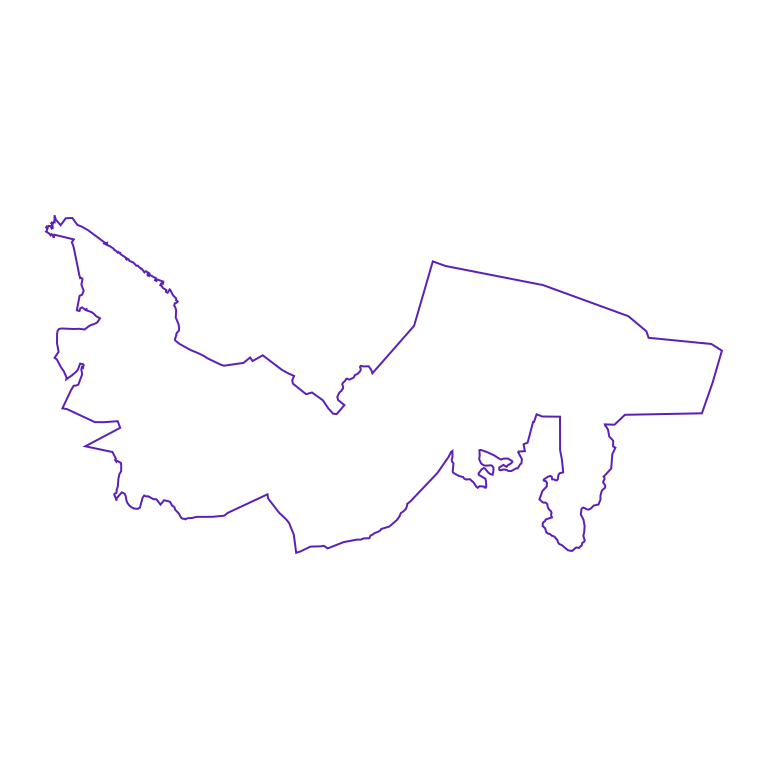 outline of Simojovel, Chiapas, Mexico
{"feature_id": "50627088B247169502667", "entity_name": "Simojovel", "entity_type": "district", "adm_level": 2, "iso_a3": "MEX", "parent_name": "Mexico", "parent_adm1": "Chiapas", "projection": "robinson", "projection_center": [-92.64, 17.147], "detail": "fine", "context": "isolated", "style": "outline", "palette": "violet", "viewbox_px": 768, "rotation_deg": 0, "n_neighbors": 0, "source": "geoboundaries", "source_scale": "gbopen_adm2", "svg_char_len": 6033}
<svg xmlns="http://www.w3.org/2000/svg" viewBox="0 0 768 768"><path d="M65.8,218.2L60.6,225.2L55.8,219.6L54.5,215.2L54.6,222.1L53.9,221.8L53.2,223.4L51.8,222.5L51.3,223.3L52.2,223.8L51.9,225.4L52.3,227.4L52.7,227.1L52.7,228.1L51.7,228.6L50.5,226.1L48.8,225.9L47.8,227.2L46.9,226.3L46.1,227.4L47.5,228.8L47.0,229.4L46.8,231.1L46.1,231.6L49.2,233.5L50.6,235.3L51.5,234.1L52.8,235.2L53.4,237.0L53.9,237.0L54.3,234.7L73.8,239.4L71.8,242.2L73.6,246.9L79.4,275.4L80.2,278.2L81.4,277.9L82.5,279.1L81.4,284.7L83.7,290.8L82.1,294.7L79.6,295.8L76.8,310.3L79.5,311.0L80.3,308.4L82.1,307.4L85.4,309.9L87.0,308.4L86.0,310.2L91.3,312.0L94.1,313.9L95.7,315.9L100.0,318.3L97.6,322.0L96.0,323.2L89.7,325.6L84.5,329.5L79.5,328.8L73.7,329.0L61.8,328.5L59.1,328.9L57.7,330.6L57.1,333.6L57.0,343.2L58.6,351.8L54.6,357.8L56.9,359.5L61.3,367.8L63.6,370.9L66.6,377.5L66.3,379.3L72.0,375.3L76.5,371.4L78.0,369.4L80.1,363.7L82.3,363.9L83.5,364.6L83.6,365.4L83.0,367.9L82.0,367.0L81.3,369.4L82.2,374.2L78.3,384.7L76.6,385.4L73.6,385.8L70.9,390.4L62.4,408.4L66.7,409.0L94.8,422.1L103.8,422.2L117.7,421.2L120.2,427.8L85.3,446.3L112.4,452.0L115.9,458.6L115.1,460.0L116.5,461.8L117.1,460.9L120.8,462.8L121.2,464.8L121.2,471.1L119.4,474.1L118.4,478.9L117.8,486.5L116.6,490.1L116.7,491.2L116.2,493.1L114.7,493.6L114.2,494.6L116.1,499.0L116.3,500.7L116.8,498.0L121.8,492.4L124.7,493.8L125.7,496.0L126.4,500.3L127.4,502.9L129.3,505.5L131.5,507.3L134.4,508.6L137.8,508.8L139.9,507.7L142.6,497.7L144.2,495.5L146.5,496.5L148.0,496.2L153.4,499.1L156.4,499.3L160.5,504.6L164.1,500.2L168.8,501.4L170.1,501.9L172.2,505.8L173.7,506.5L174.5,507.4L175.2,509.7L178.9,513.6L181.1,517.7L182.6,518.7L185.1,518.9L185.4,519.3L187.7,518.2L191.9,518.0L196.5,516.9L212.5,516.8L224.2,515.7L227.9,512.8L267.5,494.3L268.2,498.6L279.1,512.7L286.2,519.4L289.1,523.0L293.8,534.7L296.2,552.8L300.5,551.4L310.5,546.6L321.2,546.3L323.8,545.8L327.7,548.4L343.7,542.1L357.0,539.6L361.0,539.6L363.5,538.4L369.4,538.2L370.6,535.4L372.8,534.5L374.6,533.0L377.5,532.1L380.3,530.5L381.2,529.0L389.4,526.5L396.9,520.0L399.4,516.5L400.9,513.0L403.4,511.4L405.9,508.9L407.0,505.9L407.3,503.8L410.3,501.5L437.4,473.0L448.6,456.9L451.0,452.0L452.4,451.0L452.5,457.3L451.8,459.1L451.9,461.3L453.5,463.3L452.7,471.4L453.0,472.3L453.8,473.1L459.0,476.0L463.2,477.1L464.3,478.7L465.9,479.5L469.9,479.2L473.6,482.5L476.2,486.5L477.7,487.8L479.6,486.2L484.2,486.6L484.6,487.6L485.9,487.6L486.3,486.3L486.0,481.3L485.4,478.7L478.8,474.9L478.5,473.5L481.5,469.5L483.6,468.1L484.9,468.4L488.4,472.7L490.5,474.2L492.7,474.7L493.4,470.7L493.5,467.7L491.9,465.6L490.7,465.3L486.0,465.7L483.9,465.3L482.3,464.5L480.9,463.1L479.2,459.2L479.7,455.4L479.4,450.2L480.7,449.9L487.3,452.2L494.0,455.3L499.6,458.9L501.3,459.5L503.6,458.6L507.8,458.5L512.1,461.0L512.3,461.9L511.2,463.3L507.9,465.2L506.6,466.8L503.4,464.9L499.4,467.3L499.2,469.6L500.1,470.3L504.2,469.4L507.2,470.2L508.2,470.9L510.1,471.1L511.6,470.9L516.2,468.3L517.7,468.4L520.1,464.4L521.4,463.4L521.9,459.2L518.2,452.2L518.6,451.5L524.9,451.2L523.6,444.2L527.6,442.7L533.1,421.9L534.0,422.0L536.6,414.3L542.2,416.5L560.0,416.7L560.1,450.2L561.9,459.5L563.2,472.3L559.6,473.3L558.4,475.1L557.8,479.2L556.9,480.3L555.2,480.2L554.4,479.5L552.2,479.3L551.7,476.7L550.4,475.9L548.0,476.7L544.0,479.3L543.6,480.0L544.0,480.7L545.6,481.0L546.9,482.7L546.8,486.4L542.5,490.9L539.4,499.3L542.4,502.1L543.4,502.6L545.7,502.6L547.4,504.3L547.6,506.5L548.6,508.9L551.0,511.4L551.5,512.7L551.1,515.1L551.9,517.4L545.7,519.5L545.2,521.0L543.5,522.1L542.7,523.4L542.7,526.0L545.1,528.3L546.3,532.2L548.2,533.7L550.0,534.0L552.0,535.9L553.0,535.9L555.0,537.1L556.0,538.7L557.1,539.6L558.2,542.6L559.4,544.1L561.6,545.0L568.0,550.3L572.0,551.0L576.1,547.5L579.1,547.9L580.6,546.2L581.6,545.7L582.3,542.9L583.9,542.0L584.7,540.5L583.3,535.7L584.2,532.2L584.6,526.1L583.5,519.7L581.1,515.1L580.8,513.8L581.6,508.8L582.5,507.8L583.5,507.6L587.1,509.4L588.9,509.6L591.2,508.2L593.6,505.6L598.5,504.5L600.5,499.5L600.4,495.9L601.5,491.7L602.4,490.0L605.0,487.8L605.3,486.6L605.1,485.3L603.1,482.3L603.4,481.1L604.6,479.0L604.3,477.4L603.6,476.7L611.2,468.6L612.3,454.2L615.4,447.7L613.1,446.4L613.2,440.7L609.2,436.4L608.1,429.9L606.2,426.6L605.5,426.2L604.9,424.4L614.5,424.7L624.9,414.8L701.9,413.3L712.6,382.6L721.9,350.7L711.4,344.0L648.6,337.8L646.4,331.3L628.4,316.2L543.1,285.1L445.6,266.0L432.8,261.4L414.1,325.8L372.4,373.3L371.3,370.0L368.7,366.3L362.9,366.4L360.7,365.9L360.0,367.0L360.8,369.2L360.2,371.2L357.8,373.7L354.8,375.2L353.7,377.5L350.1,379.3L349.0,379.5L346.9,378.6L345.9,379.3L345.2,380.7L343.0,382.8L342.2,384.2L343.1,386.8L343.1,388.4L341.7,389.9L341.7,390.6L339.3,392.6L337.3,396.9L338.1,400.0L344.4,405.1L336.7,414.1L333.1,413.7L328.3,408.4L322.9,400.3L312.0,392.5L306.1,394.2L293.0,383.7L292.2,380.5L294.1,375.9L288.9,373.7L282.0,369.9L262.7,355.3L252.6,361.0L250.1,357.5L243.5,362.9L223.9,365.7L220.3,364.5L207.1,358.1L204.0,356.0L197.6,352.9L190.5,350.0L179.8,344.1L175.5,340.7L174.8,339.4L176.4,335.2L176.1,334.8L176.8,332.9L178.8,330.8L179.2,328.0L178.5,324.1L175.7,317.4L176.2,310.5L175.3,307.2L174.2,305.7L174.8,303.3L176.9,302.6L177.7,301.5L176.0,300.2L176.3,299.1L176.1,298.4L173.2,295.5L170.1,289.8L169.7,289.4L167.6,292.7L165.9,291.7L166.3,290.0L163.3,288.3L161.3,285.7L160.3,285.3L160.9,283.7L161.6,283.4L162.7,283.9L163.2,282.6L162.4,282.4L163.0,281.5L157.2,279.5L156.3,281.0L155.0,280.2L156.0,278.3L149.6,274.8L149.2,275.7L148.7,275.2L148.0,275.6L147.5,274.9L148.0,273.9L148.6,274.4L149.4,273.5L148.4,272.7L147.6,272.9L146.7,271.5L145.5,271.3L144.4,272.4L141.9,268.9L141.7,269.2L139.4,267.4L137.8,265.6L136.4,265.8L133.4,262.5L129.4,260.9L128.8,259.6L127.7,258.8L126.7,259.7L126.1,259.1L126.5,258.2L120.3,254.0L120.2,252.9L118.7,252.6L118.5,252.1L117.7,252.7L116.1,250.9L113.9,249.6L113.6,248.7L109.6,246.0L108.2,245.7L107.2,244.3L106.8,244.5L106.9,243.6L106.5,244.0L106.1,243.0L105.1,242.7L105.1,243.9L104.0,243.5L104.7,242.6L88.2,230.3L81.9,226.7L77.4,224.9L72.4,218.0L65.8,218.2Z" fill="none" stroke="#5b21b6" stroke-width="2"/></svg>